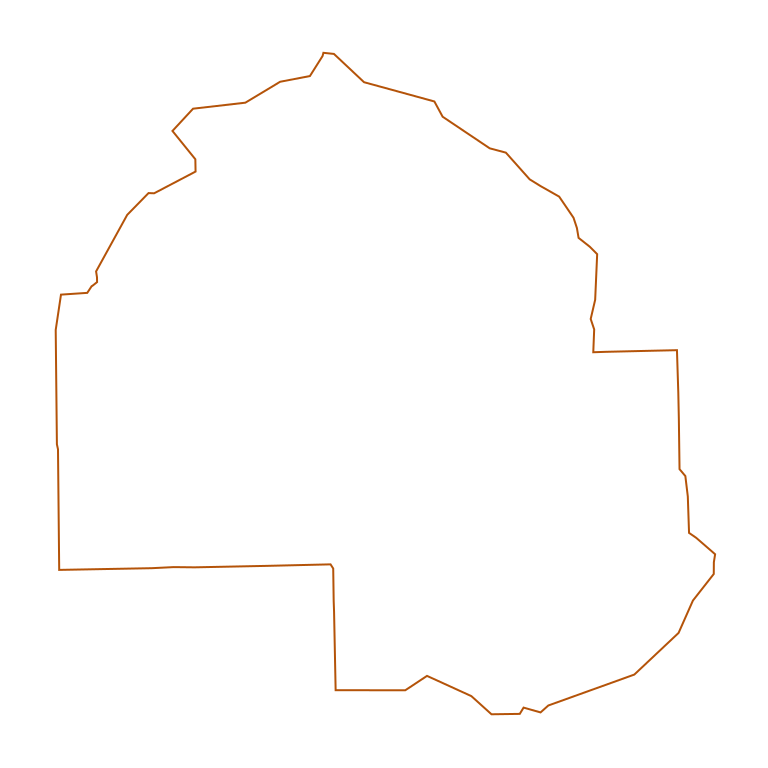 outline of Hennepin, Minnesota, United States of America, rotated 359°
{"feature_id": "52423323B44516740829537", "entity_name": "Hennepin", "entity_type": "district", "adm_level": 2, "iso_a3": "USA", "parent_name": "United States of America", "parent_adm1": "Minnesota", "projection": "equal_earth", "projection_center": [-93.451, 45.016], "detail": "fine", "context": "isolated", "style": "outline", "palette": "amber", "viewbox_px": 768, "rotation_deg": 359, "n_neighbors": 0, "source": "geoboundaries", "source_scale": "gbopen_adm2", "svg_char_len": 1049}
<svg xmlns="http://www.w3.org/2000/svg" viewBox="0 0 768 768"><g transform="rotate(359 384 384)"><path d="M330.3,689.3L399.9,690.6L421.9,676.6L465.9,697.6L485.7,716.1L514.0,716.2L517.9,710.0L534.8,715.1L542.7,708.3L629.2,678.9L674.2,638.0L689.1,605.9L710.4,579.7L710.7,567.9L712.1,560.0L693.4,543.2L686.4,538.2L685.8,501.8L683.7,481.3L678.0,474.3L678.2,424.0L678.1,397.8L677.5,355.3L656.6,355.4L606.5,355.7L593.8,355.9L595.1,333.1L591.8,322.6L596.6,303.5L599.4,257.9L592.2,250.4L581.1,241.3L579.6,231.4L576.4,221.1L562.4,199.7L543.9,188.8L533.2,181.9L509.9,154.8L493.8,150.2L447.3,117.8L439.3,102.4L369.3,81.9L339.7,53.1L329.2,51.8L328.3,55.0L315.3,74.8L285.4,80.0L250.3,100.3L197.9,105.4L176.9,127.3L199.3,156.0L199.3,168.3L157.5,189.3L151.9,189.0L130.2,210.4L98.1,266.4L98.9,272.3L98.9,277.1L94.1,280.8L93.4,281.1L88.9,287.7L62.6,289.0L56.7,324.2L55.9,438.6L56.9,443.6L56.0,564.2L148.7,564.1L170.6,563.4L191.4,564.0L263.3,563.8L327.4,563.4L330.0,567.6L329.9,600.0L330.1,610.9L330.3,689.3Z" fill="none" stroke="#b45309" stroke-width="2"/></g></svg>